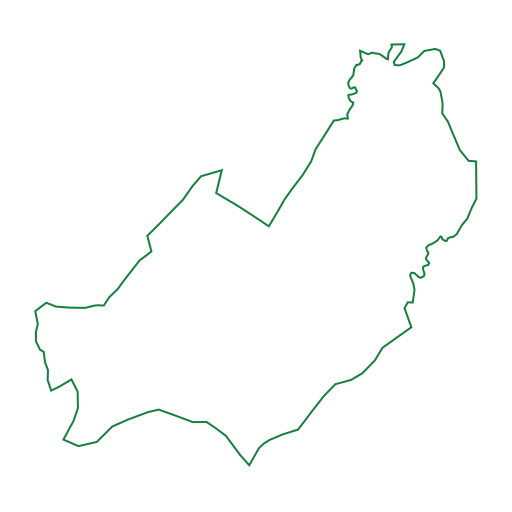 outline of Warri South, Delta, Nigeria, rotated 269°
{"feature_id": "59680162B21053239387442", "entity_name": "Warri South", "entity_type": "district", "adm_level": 2, "iso_a3": "NGA", "parent_name": "Nigeria", "parent_adm1": "Delta", "projection": "mercator", "projection_center": [5.662, 5.624], "detail": "fine", "context": "isolated", "style": "outline", "palette": "green", "viewbox_px": 512, "rotation_deg": 269, "n_neighbors": 0, "source": "geoboundaries", "source_scale": "gbopen_adm2", "svg_char_len": 2459}
<svg xmlns="http://www.w3.org/2000/svg" viewBox="0 0 512 512"><g transform="rotate(269 256 256)"><path d="M125.0,48.9L129.1,57.6L135.8,69.3L123.5,75.3L106.9,75.3L94.0,70.5L75.8,60.3L69.0,75.2L72.9,93.6L88.1,109.4L94.8,125.4L98.6,136.2L101.9,145.6L104.1,156.1L98.1,171.9L91.0,190.1L90.9,203.6L84.8,212.4L76.7,222.8L57.4,236.6L46.9,245.6L63.7,255.5L68.4,260.6L71.9,266.5L77.4,280.2L81.7,295.0L88.5,300.4L89.7,301.4L100.7,310.0L115.0,321.6L126.5,333.2L130.4,348.8L137.1,360.5L149.6,373.1L162.0,380.8L182.1,410.1L201.2,403.6L207.0,406.9L206.8,411.9L219.3,413.9L225.8,412.8L233.3,409.8L235.2,410.1L236.6,411.3L236.1,414.2L232.3,418.0L231.3,420.4L232.9,423.4L235.1,424.2L240.4,422.7L241.8,422.7L243.0,424.0L244.1,428.1L246.1,429.1L249.1,426.4L250.9,425.8L254.7,428.0L256.5,428.4L258.1,427.1L261.3,426.3L263.7,428.6L265.4,432.9L268.2,437.5L272.3,440.8L271.9,441.8L269.4,442.8L267.7,445.8L268.0,447.2L270.3,448.1L271.3,450.5L271.6,453.3L274.2,457.0L283.2,462.3L289.6,467.9L299.9,472.3L309.5,477.4L346.7,477.7L347.5,470.2L358.4,461.6L359.2,461.3L387.2,450.1L395.4,444.7L403.8,445.2L407.7,444.9L414.2,443.8L417.8,443.1L420.7,441.3L425.6,436.3L432.5,441.3L441.2,447.3L447.7,447.4L458.1,443.6L459.9,438.8L458.1,427.9L451.6,421.1L446.9,410.3L444.1,403.1L444.5,398.1L447.6,397.1L458.2,405.1L465.1,408.0L465.1,400.4L465.1,395.2L463.1,395.5L462.2,395.4L456.9,392.0L450.3,391.3L450.6,390.4L451.9,388.5L453.7,386.1L455.8,383.1L456.3,380.4L456.7,377.7L457.2,376.3L457.1,374.9L455.9,372.3L455.8,371.5L459.4,363.7L453.1,364.1L450.7,364.9L449.6,365.6L448.9,364.5L446.4,363.5L446.2,362.7L445.3,361.6L445.4,359.8L441.8,357.5L435.4,356.5L432.4,354.5L430.8,352.8L427.6,351.2L424.9,351.6L422.1,352.9L421.7,354.5L422.9,356.7L422.8,358.0L419.0,359.8L417.3,358.9L415.8,354.6L415.6,351.6L414.8,351.0L412.3,351.6L409.1,353.3L407.7,355.9L404.9,355.2L401.1,352.4L396.1,349.7L391.8,350.2L392.1,346.9L391.5,344.1L390.4,340.2L390.1,336.2L376.3,327.2L362.0,317.6L355.6,315.1L349.6,312.8L336.2,304.1L322.8,293.5L312.3,285.7L297.9,277.1L285.5,269.4L295.0,255.6L306.3,238.9L315.3,224.3L319.6,217.3L342.4,223.3L336.7,202.5L327.1,193.8L313.7,184.1L301.3,171.5L289.8,159.9L278.1,147.7L262.3,151.5L253.5,139.4L232.5,122.5L225.4,117.2L217.4,108.6L209.1,102.9L209.5,96.8L209.2,93.5L207.1,84.4L207.7,67.8L208.9,55.2L212.9,45.5L204.7,34.3L191.7,36.7L184.0,34.6L174.3,34.5L169.7,36.8L166.1,38.4L163.8,42.1L153.4,43.2L145.6,46.0L135.6,45.5L125.0,48.9Z" fill="none" stroke="#15803d" stroke-width="2"/></g></svg>